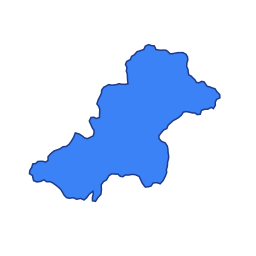 the district of Santo Antônio do Aventureiro, Minas Gerais, Brazil, rotated 210°
{"feature_id": "56859067B95763753347810", "entity_name": "Santo Antônio do Aventureiro", "entity_type": "district", "adm_level": 2, "iso_a3": "BRA", "parent_name": "Brazil", "parent_adm1": "Minas Gerais", "projection": "natural_earth1", "projection_center": [-42.811, -21.75], "detail": "fine", "context": "isolated", "style": "filled", "palette": "blue", "viewbox_px": 256, "rotation_deg": 210, "n_neighbors": 0, "source": "geoboundaries", "source_scale": "gbopen_adm2", "svg_char_len": 2379}
<svg xmlns="http://www.w3.org/2000/svg" viewBox="0 0 256 256"><g transform="rotate(210 128 128)"><path d="M192.5,49.4L191.7,45.8L191.8,42.2L190.5,39.1L187.0,39.1L185.3,37.1L183.4,35.2L179.9,35.7L176.9,38.1L174.9,41.1L171.6,40.8L168.5,42.6L165.4,42.8L161.4,42.4L158.0,41.8L155.4,41.2L152.6,39.6L149.7,37.9L146.5,37.0L143.7,37.8L140.5,40.3L136.9,40.6L133.9,43.3L130.1,43.7L128.9,47.0L128.6,50.9L126.7,55.7L125.0,53.4L124.1,50.1L122.4,47.2L119.5,48.2L119.2,53.1L118.3,56.9L120.0,61.0L122.8,65.4L122.4,69.3L120.7,72.3L120.7,77.1L119.1,80.2L116.2,81.6L113.7,83.0L110.6,82.3L108.1,83.2L106.8,86.0L104.2,87.4L101.1,90.0L98.0,91.3L94.1,91.6L90.9,89.4L88.4,87.6L85.9,86.4L83.5,85.5L81.0,87.2L79.0,89.3L78.8,92.9L75.7,95.1L72.2,95.8L71.3,100.2L71.6,104.9L72.3,109.0L73.9,111.1L74.8,114.6L76.7,118.4L77.6,121.8L78.8,124.1L80.9,126.6L83.0,129.8L85.0,132.0L88.3,133.7L92.4,133.2L95.9,134.4L97.3,136.7L96.9,140.1L96.1,144.3L94.1,146.9L94.7,150.3L93.5,154.3L92.5,157.2L90.9,159.6L89.3,162.6L88.2,165.9L88.0,169.5L85.6,171.4L82.5,172.5L79.8,173.2L77.5,174.5L74.8,174.2L72.3,176.0L73.2,179.9L71.1,182.5L68.2,184.3L66.2,187.5L63.7,187.5L63.7,191.3L65.3,193.9L65.6,197.1L63.5,200.1L65.3,202.8L69.2,203.9L72.4,205.5L75.1,204.8L77.6,204.5L80.3,203.7L82.8,204.8L85.1,206.0L87.6,205.2L89.0,202.9L91.4,201.6L94.1,203.2L96.6,203.8L99.2,204.5L102.1,204.5L104.0,206.8L105.5,208.8L108.0,210.6L109.6,214.0L110.2,216.8L112.0,219.3L114.5,220.8L118.1,220.8L121.9,218.6L124.4,216.6L126.7,214.6L128.9,213.3L131.5,214.1L133.8,214.4L136.1,213.3L138.9,211.5L142.9,209.9L146.3,212.3L148.7,211.1L151.7,210.6L153.9,207.7L153.6,203.9L156.2,200.9L158.4,198.5L159.1,194.6L160.7,191.8L160.2,188.4L162.4,185.0L162.0,181.8L159.1,179.8L157.9,176.4L155.9,174.8L153.9,171.7L151.9,168.6L150.1,166.3L152.2,164.5L154.9,162.9L157.9,161.9L160.1,159.4L163.4,157.0L166.5,155.9L167.8,153.5L169.3,151.4L169.8,147.8L168.4,144.8L168.1,141.7L167.9,137.6L167.0,133.3L164.4,132.2L161.7,130.0L160.1,126.8L158.0,122.9L160.3,120.3L163.0,120.2L165.3,118.6L165.0,114.7L161.6,112.2L159.0,110.3L156.3,109.0L155.0,106.8L154.2,103.8L155.9,101.2L157.9,98.5L160.6,97.7L163.5,98.2L167.2,98.4L171.2,97.4L170.4,92.8L170.5,88.1L170.9,84.3L172.2,81.2L174.9,79.3L176.6,75.8L178.2,73.9L180.6,71.1L182.1,67.0L182.9,63.2L181.1,60.0L182.2,57.3L184.8,56.7L186.9,55.6L189.4,53.9L190.1,51.1L192.5,49.4Z" fill="#3b82f6" stroke="#1e3a8a" stroke-width="1.5"/></g></svg>